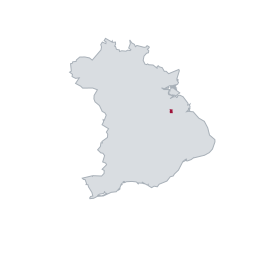 Cidelândia, Maranhão, Brazil (highlighted), rotated 32°
{"feature_id": "56859067B11209139502927", "entity_name": "Cidelândia", "entity_type": "district", "adm_level": 2, "iso_a3": "BRA", "parent_name": "Brazil", "parent_adm1": "Maranhão", "projection": "albers", "projection_center": [-47.853, -5.056], "detail": "fine", "context": "in_parent", "style": "filled", "palette": "rose", "viewbox_px": 256, "rotation_deg": 32, "n_neighbors": 0, "source": "geoboundaries", "source_scale": "gbopen_adm2", "svg_char_len": 4081}
<svg xmlns="http://www.w3.org/2000/svg" viewBox="0 0 256 256"><g transform="rotate(32 128 128)"><path d="M74.2,65.5L76.5,67.4L79.3,66.4L80.3,67.6L81.8,65.8L85.6,63.9L86.4,62.2L88.8,61.2L89.0,60.1L86.2,59.8L85.3,55.3L82.8,52.4L86.1,53.8L89.1,53.7L91.2,55.1L91.8,53.3L99.1,51.0L100.6,49.4L100.5,48.1L102.7,47.9L103.4,48.6L102.7,50.9L104.7,51.5L105.4,53.4L104.1,54.8L103.5,58.6L105.0,62.6L108.5,64.8L110.0,64.5L110.7,63.2L112.0,63.4L115.9,61.3L120.9,61.9L120.1,60.2L120.9,59.1L121.9,59.6L125.1,58.7L128.7,60.7L130.3,59.7L133.7,60.4L140.1,51.4L141.2,52.3L143.4,60.5L144.5,61.8L146.6,62.5L146.9,64.6L143.2,68.6L141.0,69.9L138.0,75.4L135.1,76.2L138.2,76.3L142.7,73.5L143.6,77.0L144.8,78.1L149.4,76.9L148.1,80.8L149.9,77.7L152.0,75.9L153.1,76.4L153.5,75.8L153.1,74.4L154.5,72.7L158.1,72.3L165.9,75.3L166.4,76.9L167.5,75.8L169.3,77.0L169.8,78.3L168.8,79.2L169.2,79.7L170.2,78.8L170.4,79.6L169.5,80.5L169.0,83.2L170.2,82.1L171.1,80.1L171.2,81.5L174.7,79.7L182.8,82.1L189.2,81.9L195.5,85.6L200.9,90.8L207.8,91.8L209.1,93.7L210.8,101.1L210.0,105.8L207.3,110.6L199.7,118.4L199.7,117.7L198.3,121.3L195.9,124.4L194.8,124.9L194.1,123.4L193.4,124.1L192.3,127.5L193.1,137.0L191.7,142.5L191.8,144.7L189.7,146.9L189.1,152.4L184.2,159.2L184.0,162.3L181.0,163.5L179.6,166.1L175.8,166.1L175.0,165.1L174.7,166.2L168.9,166.4L169.2,167.3L165.5,169.4L163.4,169.4L159.7,171.2L155.1,174.4L154.2,175.9L153.4,175.3L153.1,176.0L152.0,175.7L153.4,176.6L152.3,177.6L152.0,179.3L152.8,182.9L151.8,188.3L147.9,191.4L143.1,198.7L138.6,201.9L138.5,200.9L141.7,199.5L144.5,195.5L144.6,194.8L142.7,195.3L141.6,194.0L142.2,195.3L141.7,196.7L138.9,199.2L138.0,201.1L138.3,202.1L136.1,205.8L133.2,208.1L132.6,207.7L132.6,205.9L134.2,204.3L131.6,201.8L125.8,198.9L124.0,197.3L122.4,198.2L122.2,197.0L119.0,194.5L117.4,195.2L115.8,194.8L122.8,187.7L123.6,187.8L123.4,187.1L131.1,182.7L131.8,179.2L130.3,176.6L127.9,176.7L129.3,170.5L127.7,169.6L124.5,170.2L122.8,163.8L120.1,162.7L118.1,163.5L113.8,162.6L114.4,158.3L112.9,154.9L114.2,154.2L113.0,153.2L115.6,146.9L114.1,144.0L111.8,142.9L111.9,138.9L104.3,139.0L104.0,135.7L102.5,134.1L103.8,134.0L102.7,128.6L100.3,127.4L97.3,127.6L91.9,124.1L86.2,123.3L83.7,121.4L82.0,118.3L81.8,111.8L76.9,112.8L68.4,118.2L65.8,117.6L59.9,118.0L60.1,111.3L57.2,113.7L53.3,114.0L52.4,111.9L48.9,111.6L49.8,109.8L45.2,103.9L46.4,102.8L46.1,101.1L48.7,99.1L48.2,97.6L49.5,93.4L53.8,90.6L58.2,89.0L61.7,89.4L63.7,76.1L62.6,73.3L60.7,71.7L60.7,68.7L64.5,68.2L63.8,66.6L61.5,66.6L61.4,63.9L68.6,63.6L68.5,62.5L69.6,63.5L71.8,61.8L73.1,63.5L73.3,65.7L74.2,65.5ZM145.4,70.1L153.3,70.8L151.5,75.4L150.0,75.5L149.8,76.3L148.6,76.0L147.3,77.2L144.3,77.2L143.3,74.8L144.0,74.2L143.1,73.4L143.7,70.7L145.4,70.1ZM138.7,75.7L139.9,72.3L141.1,71.9L141.0,73.9L138.7,75.7ZM147.6,68.4L146.8,69.6L145.0,69.4L145.3,68.6L147.6,68.4ZM144.9,67.1L144.6,69.6L143.8,69.3L144.9,67.1ZM148.9,70.0L147.7,70.2L147.2,69.9L148.6,69.2L148.9,70.0ZM143.7,70.1L142.5,71.0L142.0,70.5L142.9,69.8L143.7,70.1ZM145.8,67.9L145.3,67.4L146.2,66.8L146.3,67.3L145.8,67.9ZM145.2,61.3L144.5,61.5L144.3,60.5L145.0,60.5L145.2,61.3ZM153.1,185.2L152.8,184.4L153.3,183.7L153.5,183.9L153.1,185.2ZM166.2,169.1L166.3,170.0L165.5,169.8L166.2,169.1ZM152.6,179.8L152.3,179.3L152.8,178.9L153.0,179.1L152.6,179.8ZM170.0,81.5L169.5,82.5L170.0,81.1L170.0,81.5ZM194.4,125.0L193.6,125.2L194.1,124.5L194.4,125.0ZM171.0,166.8L170.2,167.1L170.1,166.9L170.5,166.5L171.0,166.8ZM193.1,126.7L192.8,127.2L192.6,126.9L193.1,126.7ZM167.9,74.9L168.0,75.5L167.7,75.4L167.9,74.9Z" fill="#d9dde1" stroke="#a8b0b8" stroke-width="1"/><path d="M154.8,90.0L155.0,90.2L155.0,90.3L155.0,90.5L154.9,90.5L155.0,90.6L155.1,90.8L155.1,91.0L155.3,91.2L155.3,91.3L155.4,91.5L155.5,91.5L155.4,91.6L155.4,91.8L155.5,91.9L155.6,92.0L155.8,92.2L156.0,92.0L156.0,91.9L156.3,91.8L156.3,91.7L156.5,91.5L156.8,91.5L157.0,91.5L157.0,91.4L156.9,91.3L156.9,91.2L156.4,91.0L156.3,90.9L156.2,90.8L156.2,90.7L155.9,90.6L155.8,90.4L155.7,90.3L155.7,90.2L155.6,90.3L155.6,90.2L155.4,90.1L155.2,90.0L155.2,89.9L154.9,89.9L154.8,90.0Z" fill="#f43f5e" stroke="#9f1239" stroke-width="1.5"/></g></svg>